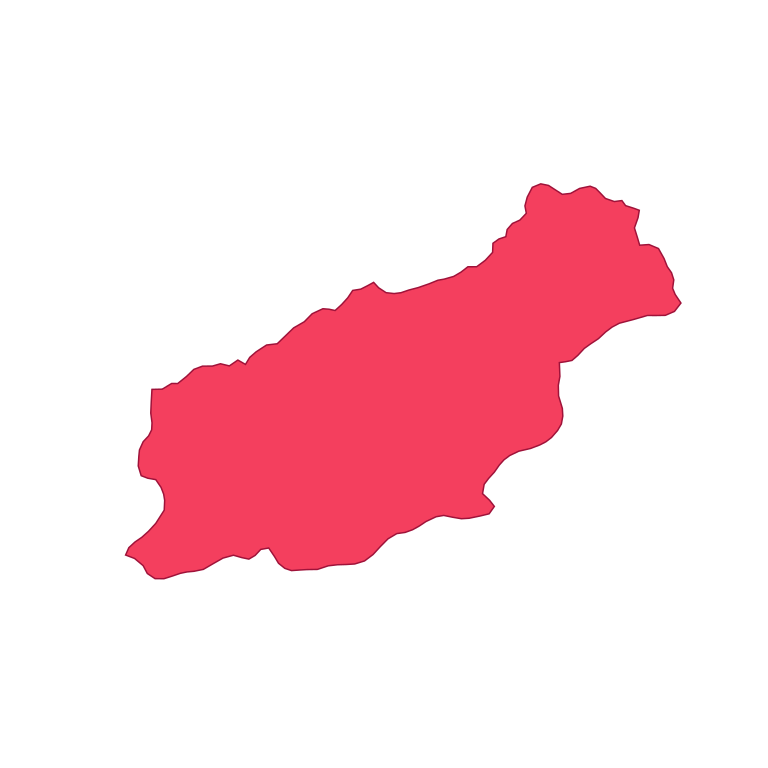 outline of Mamonas, Minas Gerais, Brazil, rotated 221°
{"feature_id": "56859067B5386704996076", "entity_name": "Mamonas", "entity_type": "district", "adm_level": 2, "iso_a3": "BRA", "parent_name": "Brazil", "parent_adm1": "Minas Gerais", "projection": "equal_earth", "projection_center": [-42.956, -15.015], "detail": "fine", "context": "isolated", "style": "filled", "palette": "rose", "viewbox_px": 768, "rotation_deg": 221, "n_neighbors": 0, "source": "geoboundaries", "source_scale": "gbopen_adm2", "svg_char_len": 2420}
<svg xmlns="http://www.w3.org/2000/svg" viewBox="0 0 768 768"><g transform="rotate(221 384 384)"><path d="M312.6,200.4L306.8,210.2L300.5,217.1L294.2,222.9L288.0,229.0L282.6,237.7L280.4,248.1L280.1,258.9L279.4,269.8L276.2,279.5L270.7,285.8L266.8,292.8L264.2,300.0L262.1,307.7L257.6,318.0L252.7,324.0L244.9,328.4L237.2,333.1L231.7,338.5L224.9,347.4L219.5,355.0L220.4,364.0L228.0,365.5L237.7,365.9L242.6,374.0L243.1,381.4L242.9,389.9L243.8,398.5L243.7,405.6L242.2,412.5L238.2,421.7L231.1,431.5L226.4,440.3L223.9,446.6L222.5,453.6L222.5,462.8L223.9,470.2L228.0,477.1L233.4,482.6L238.3,485.7L244.4,489.5L251.6,497.4L256.2,505.1L260.8,510.0L265.7,515.2L261.7,519.8L257.6,525.1L256.5,532.8L256.2,542.2L254.4,549.9L251.9,558.9L250.9,568.6L249.2,576.6L246.3,584.2L238.0,596.4L230.2,608.5L223.6,614.2L216.7,620.4L212.4,629.4L213.0,639.9L223.0,642.6L229.0,645.6L233.6,652.7L240.0,656.6L247.2,658.4L254.9,662.4L265.7,666.3L275.5,663.1L282.1,656.5L288.7,660.7L297.4,666.1L301.4,676.2L305.3,682.6L310.8,680.5L318.7,677.1L324.8,678.5L329.9,672.8L338.6,669.3L346.0,670.0L352.6,670.5L358.2,668.5L364.7,659.9L368.2,650.3L373.9,644.1L382.3,642.9L390.1,641.8L397.0,637.9L401.1,629.7L398.5,619.0L394.5,610.9L388.6,606.2L389.0,596.8L392.4,589.4L392.4,581.4L388.7,575.1L392.4,568.9L394.1,561.7L388.4,554.6L388.7,543.9L391.0,533.3L397.6,527.5L399.3,518.9L402.0,510.9L407.4,502.6L411.4,497.7L415.7,489.2L421.5,479.1L426.9,471.2L431.1,464.0L435.7,458.9L442.3,454.3L451.2,453.1L458.5,453.9L460.9,447.4L463.8,440.3L469.0,434.1L467.9,425.2L468.1,416.3L469.1,407.4L474.5,404.4L479.5,400.7L484.3,390.0L485.0,378.7L489.0,367.1L490.1,354.4L491.0,344.3L498.2,336.4L501.6,324.5L502.8,316.0L501.4,307.9L510.0,306.2L512.6,296.2L520.7,292.0L525.3,284.9L532.7,278.4L537.1,270.3L538.0,260.2L540.0,249.0L544.6,245.1L548.0,234.6L555.6,227.7L548.0,217.9L540.9,209.0L533.6,202.5L529.3,197.0L527.6,190.4L527.9,182.5L525.3,173.8L521.6,168.6L515.7,160.9L507.1,155.5L500.5,157.9L493.5,162.1L484.4,159.7L478.0,156.3L473.2,152.3L467.1,144.6L464.8,129.1L465.1,118.2L466.2,109.4L468.3,101.3L469.2,93.1L466.8,85.4L457.8,88.7L446.6,88.9L438.3,85.7L429.1,86.9L422.3,92.7L417.8,100.1L413.5,107.5L409.4,112.9L404.6,117.9L398.7,125.6L395.0,136.5L391.3,147.0L385.3,156.0L377.4,159.7L371.1,163.2L368.8,170.1L368.5,178.3L363.4,184.6L353.3,181.9L346.0,179.5L337.9,179.8L331.4,182.5L325.5,188.4L320.4,193.4L312.6,200.4Z" fill="#f43f5e" stroke="#9f1239" stroke-width="1.5"/></g></svg>